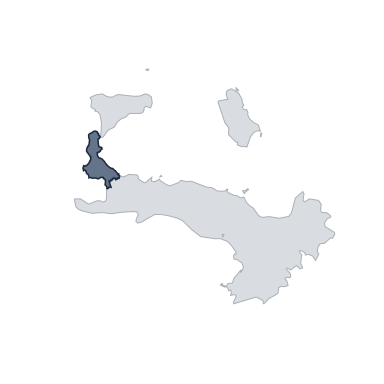 location of Calabria, Catanzaro, Italy, rotated 150°
{"feature_id": "23120603B55310757134450", "entity_name": "Calabria", "entity_type": "district", "adm_level": 2, "iso_a3": "ITA", "parent_name": "Italy", "parent_adm1": "Catanzaro", "projection": "orthographic", "projection_center": [16.268, 39.03], "detail": "fine", "context": "in_parent", "style": "filled", "palette": "slate", "viewbox_px": 384, "rotation_deg": 150, "n_neighbors": 0, "source": "geoboundaries", "source_scale": "gbopen_adm2", "svg_char_len": 8901}
<svg xmlns="http://www.w3.org/2000/svg" viewBox="0 0 384 384"><g transform="rotate(150 192 192)"><path d="M93.5,81.7L95.2,83.0L102.7,81.3L106.9,83.1L110.7,81.1L113.4,77.6L113.2,74.8L119.3,70.9L119.5,76.0L122.3,79.7L125.4,80.8L124.5,82.8L127.2,87.2L128.4,86.9L128.9,86.2L128.4,82.6L133.4,76.1L134.0,71.4L134.8,70.9L136.9,71.4L138.3,76.0L145.6,75.1L147.8,78.7L149.0,78.1L147.6,72.2L148.7,69.3L150.6,68.9L151.8,70.4L154.6,70.9L154.8,69.2L154.2,68.0L155.5,63.0L159.6,63.8L161.9,65.7L164.7,65.8L167.5,62.0L169.4,61.1L178.7,61.3L185.6,59.2L186.1,59.7L184.8,61.6L185.1,62.9L188.9,68.9L211.7,74.3L211.3,75.8L206.2,79.3L205.8,80.7L206.5,82.0L210.2,83.0L207.5,86.4L207.5,87.7L209.5,87.9L209.0,92.2L211.4,93.5L214.0,97.3L211.2,97.9L212.4,97.0L209.8,93.2L206.8,94.7L202.3,93.0L199.0,96.3L188.2,100.1L190.1,98.3L189.3,98.2L185.3,100.6L184.2,105.7L186.9,111.0L189.2,112.9L188.0,115.9L186.5,117.1L184.6,116.1L184.0,118.9L184.6,126.3L186.0,131.6L191.1,137.7L195.0,139.7L206.8,149.0L210.9,159.0L214.4,171.6L217.5,176.3L224.1,183.1L230.1,188.1L235.8,191.2L250.9,191.2L254.7,192.3L255.2,194.4L254.4,195.8L249.9,199.3L249.7,202.1L251.8,204.0L262.1,209.2L272.7,213.5L279.9,219.0L289.3,223.6L296.7,230.7L299.3,234.4L299.9,237.4L298.2,242.6L297.3,244.7L292.0,241.8L287.7,233.2L278.6,231.8L275.9,230.3L274.3,227.7L271.5,227.4L269.5,228.9L264.5,237.1L261.8,244.1L261.6,247.0L263.1,249.8L267.6,251.3L273.3,256.3L273.6,262.5L274.6,266.0L273.1,268.0L270.2,267.5L266.3,268.8L263.6,271.1L262.5,273.3L262.2,281.1L257.0,285.2L252.4,293.0L245.7,293.1L244.2,290.6L244.2,287.0L245.3,284.8L247.8,283.8L249.4,279.2L248.9,275.9L249.9,274.4L255.3,272.2L255.5,267.6L253.5,265.5L251.9,257.0L245.4,240.8L243.3,239.2L237.7,238.7L231.1,234.3L230.7,232.5L231.8,230.8L231.1,228.4L229.0,224.3L227.6,223.3L219.4,224.9L221.8,221.7L218.9,219.5L213.8,219.4L213.9,217.9L210.5,211.2L208.1,208.4L198.9,206.8L195.8,207.8L191.4,203.5L187.3,201.8L177.3,189.3L172.4,185.5L169.5,180.1L163.3,176.3L160.3,177.0L159.6,176.3L161.2,175.4L161.0,173.4L157.1,167.9L154.7,166.1L153.1,162.7L149.6,161.7L150.1,155.7L149.0,151.3L147.0,147.6L146.2,138.9L145.3,136.4L142.9,134.4L137.3,132.0L129.8,125.8L120.5,122.5L116.5,124.1L105.4,135.1L95.8,137.0L95.9,134.5L100.0,129.3L99.5,127.2L93.7,127.3L86.7,121.5L86.2,117.0L88.8,113.0L90.1,112.2L89.8,109.3L85.5,106.5L84.1,102.6L84.1,101.3L85.4,100.8L88.0,101.3L92.5,99.1L94.1,95.6L88.9,85.9L89.4,84.1L93.5,81.7ZM187.3,139.9L187.7,137.6L185.7,139.0L186.2,140.0L187.3,139.9ZM244.0,284.7L235.9,296.9L233.0,305.2L233.4,308.3L235.6,310.7L234.5,311.6L236.9,315.5L236.9,316.6L233.2,321.0L233.1,324.8L226.2,324.1L220.6,321.8L218.0,317.3L215.8,315.4L213.5,313.9L208.7,313.8L206.6,312.9L194.1,303.7L189.2,301.2L183.5,300.4L181.3,298.4L179.6,294.5L182.1,288.7L185.9,285.5L189.2,289.4L192.1,288.3L192.3,287.1L194.5,285.6L197.1,285.7L206.9,291.3L212.2,290.0L216.9,290.7L221.3,290.0L227.1,287.0L233.6,287.5L241.3,284.1L244.0,284.7ZM129.1,213.5L131.7,223.4L128.1,229.1L128.9,235.5L124.5,257.0L122.9,257.5L114.7,254.3L113.7,259.3L112.4,261.2L110.6,262.3L106.1,261.6L102.2,254.1L102.4,247.1L103.5,245.1L103.9,241.1L105.7,241.0L106.1,238.3L105.2,236.7L103.5,236.1L103.8,233.0L105.2,230.8L105.6,226.6L103.8,221.2L101.0,217.1L102.3,210.5L104.8,212.4L108.8,212.7L113.8,210.5L122.2,203.4L123.1,204.8L126.3,206.4L129.1,210.0L127.7,212.1L129.1,213.5ZM147.2,164.3L147.7,165.9L147.4,168.0L145.9,166.7L142.0,166.9L141.7,165.8L146.4,165.1L147.2,164.3ZM103.0,257.8L101.7,260.2L100.8,256.8L101.0,256.3L103.0,257.8ZM105.0,205.9L103.0,208.5L102.1,208.3L104.6,205.4L105.0,205.9ZM170.7,321.2L168.4,320.5L168.4,319.3L170.2,319.6L170.7,321.2ZM212.2,221.2L210.3,221.9L210.4,220.6L212.2,221.2Z" fill="#d9dde1" stroke="#a8b0b8" stroke-width="1"/><path d="M246.7,242.5L247.1,243.3L247.2,243.6L247.2,243.8L247.3,243.8L247.4,244.0L247.3,244.4L247.1,244.4L246.9,244.7L246.9,244.8L247.1,244.8L247.0,245.0L247.4,246.3L247.7,247.4L247.7,247.7L247.6,247.8L247.8,248.5L247.8,248.8L248.1,249.0L248.4,250.1L248.5,250.3L248.6,250.6L248.7,251.3L249.0,252.0L249.2,252.3L249.5,252.3L249.7,252.6L249.8,252.7L249.7,252.6L249.9,252.6L250.3,253.2L250.6,253.9L251.0,254.3L251.3,254.9L252.0,257.0L252.2,258.1L252.3,258.1L252.4,258.4L252.7,262.7L252.9,263.2L253.0,263.6L253.3,265.3L253.6,265.8L254.0,266.1L254.5,267.3L254.8,267.4L255.3,267.8L255.5,267.8L255.6,268.0L255.7,268.4L255.7,269.9L255.6,270.9L255.1,272.3L255.0,272.5L254.5,272.8L254.3,273.0L254.1,273.2L254.0,273.3L253.9,273.2L254.0,273.3L253.8,273.3L253.9,273.1L253.4,273.4L252.8,273.2L252.5,273.2L252.4,273.0L252.2,273.0L251.8,273.0L251.4,273.1L251.1,273.1L250.8,273.3L250.6,273.7L250.3,273.9L250.1,273.9L249.5,274.2L249.4,274.1L249.5,274.1L249.3,274.2L249.2,274.2L249.1,274.4L248.8,274.4L248.3,274.7L248.1,275.1L247.9,275.6L248.1,275.8L248.3,275.9L248.3,276.1L248.5,276.2L248.7,276.4L248.9,276.5L249.0,276.7L249.2,276.8L249.4,277.1L249.9,277.5L250.0,277.7L249.9,278.0L249.5,279.4L249.3,280.0L249.2,280.2L249.1,280.4L248.8,280.8L248.5,281.5L248.5,281.8L248.4,281.9L248.3,282.1L248.1,282.2L248.0,282.4L248.0,282.6L247.9,282.9L247.9,283.2L247.6,283.8L247.5,284.0L247.2,284.4L246.3,285.0L245.9,285.1L245.7,285.0L245.6,284.9L245.5,285.1L245.3,285.1L245.1,285.1L244.9,285.2L244.7,285.4L244.0,285.6L243.9,285.8L244.0,286.0L243.9,286.0L243.9,285.9L244.0,286.1L244.0,286.8L244.1,287.2L244.4,287.6L244.3,287.8L244.4,288.0L244.3,288.4L244.2,288.4L244.3,288.2L244.2,288.3L244.2,288.6L243.9,288.9L243.9,289.1L244.0,289.6L244.3,289.8L244.2,290.1L244.4,290.5L244.3,290.8L243.9,291.0L244.0,291.3L244.2,291.7L244.8,292.7L245.2,292.8L245.4,293.1L245.7,293.2L245.9,293.4L246.2,293.4L246.5,293.6L247.1,293.6L247.5,293.6L248.1,293.6L248.9,293.4L249.7,293.3L249.9,293.4L250.0,293.5L250.4,293.6L251.2,293.7L251.7,293.5L252.0,293.5L252.6,293.4L253.3,292.6L253.7,291.8L254.2,290.7L254.2,290.4L254.3,290.1L254.5,289.0L254.5,288.3L254.6,288.1L255.2,287.5L256.4,285.9L257.1,284.9L257.5,284.5L257.7,284.2L258.0,283.9L258.6,283.7L259.7,283.2L259.9,283.2L260.0,283.1L259.9,283.3L260.6,282.9L261.4,282.2L262.7,280.6L262.9,280.0L262.9,279.6L262.9,278.7L262.7,277.9L262.7,277.2L262.6,276.2L262.5,275.7L262.4,275.1L262.4,274.2L262.4,273.9L262.2,273.9L262.0,273.6L262.0,273.4L262.1,273.0L262.5,272.6L262.6,272.3L262.7,272.2L263.4,270.8L263.8,270.5L263.9,270.4L263.9,270.5L264.0,270.5L266.2,269.0L267.0,268.6L268.0,268.2L268.9,267.9L270.3,267.6L270.8,267.6L271.1,267.8L271.3,268.2L271.6,268.3L271.8,268.3L271.7,268.3L271.8,268.1L272.0,268.1L272.9,268.2L273.0,268.4L273.0,268.6L273.2,268.4L273.4,268.3L274.1,267.4L274.3,267.3L274.3,267.2L274.5,267.1L274.3,266.8L274.4,266.5L274.4,266.3L274.4,266.1L274.7,265.6L274.9,265.5L274.9,265.4L275.2,265.4L275.2,265.2L275.1,265.3L274.9,265.2L274.6,265.1L274.1,264.8L273.8,264.5L273.7,264.2L273.8,264.0L273.8,263.9L273.9,264.0L273.9,263.9L273.6,263.5L273.8,263.9L273.7,263.8L273.5,263.7L273.4,263.7L273.3,263.2L273.3,262.8L273.5,262.3L274.0,261.1L274.1,260.7L273.9,260.5L273.6,260.2L273.2,259.5L273.2,259.2L273.3,258.6L273.3,258.1L273.3,257.8L273.7,256.8L273.8,256.4L274.2,255.8L273.4,255.6L272.7,255.2L272.2,254.9L271.8,254.4L271.5,253.7L270.3,253.4L270.0,253.2L269.9,253.1L270.0,253.1L269.4,252.8L269.1,252.6L268.4,252.3L268.3,252.2L267.8,251.7L267.6,251.4L267.5,251.0L266.5,250.2L266.2,250.1L265.8,250.3L264.9,250.2L263.6,250.2L263.2,250.1L262.5,249.7L261.9,249.3L261.8,249.0L261.8,248.9L261.7,249.0L261.8,249.2L261.7,249.1L261.7,249.3L261.7,249.1L261.7,248.9L261.8,248.9L261.7,248.5L261.8,247.6L261.3,247.3L261.1,246.9L261.0,246.5L260.9,246.1L261.0,245.7L261.3,245.0L261.7,244.4L262.0,243.9L262.5,243.1L262.8,242.9L263.2,242.4L263.5,241.8L263.7,241.7L263.7,241.4L263.5,241.2L263.4,240.9L263.3,240.2L263.1,239.6L263.2,239.2L263.2,238.9L263.3,238.5L263.6,238.0L264.0,237.6L263.9,237.4L263.7,237.4L263.5,237.2L263.2,237.3L262.9,237.1L262.6,237.3L262.4,237.3L262.2,237.3L261.8,237.6L261.5,237.3L261.2,237.3L260.6,237.2L260.3,237.1L259.9,237.3L259.8,237.1L259.7,236.9L259.6,237.3L259.4,237.5L259.6,237.9L259.5,238.3L259.4,238.7L259.3,239.0L259.1,239.3L259.1,239.5L259.2,240.1L259.1,240.3L259.1,240.5L258.7,240.9L258.7,241.1L258.5,241.4L258.5,241.6L258.4,241.7L258.2,241.9L258.1,242.1L258.2,242.5L258.5,242.6L258.4,243.1L258.1,243.0L258.1,242.8L257.5,242.3L257.0,242.3L256.7,242.2L256.6,242.3L256.3,242.3L256.0,242.5L255.7,242.4L255.7,242.7L255.6,243.2L255.4,243.1L255.1,242.9L254.5,242.6L254.3,242.8L254.1,243.1L254.0,242.9L253.8,243.0L253.4,242.9L253.2,243.0L252.5,243.2L252.4,243.3L252.3,243.1L252.3,242.8L252.2,242.7L251.8,242.5L251.9,242.3L251.7,242.0L251.6,241.7L251.8,241.2L252.0,241.2L252.0,240.7L251.6,240.7L251.6,240.9L251.2,241.0L251.1,240.9L251.0,241.0L251.0,240.9L250.8,240.8L250.0,240.5L249.9,240.6L249.7,240.8L249.4,241.0L249.3,240.7L249.0,240.7L248.9,240.9L248.8,240.7L248.6,240.6L248.5,240.4L248.3,240.5L248.2,240.4L247.9,240.5L247.7,240.9L247.5,241.0L247.4,241.3L247.0,241.5L246.9,242.3L246.7,242.5ZM247.0,243.7L246.9,243.8L247.1,243.8L247.0,243.7Z" fill="#64748b" stroke="#1e293b" stroke-width="1.5"/></g></svg>